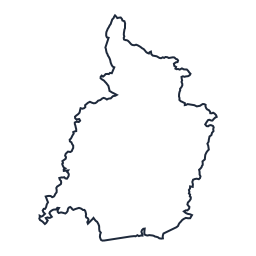 the district of Santa Cecília, Santa Catarina, Brazil
{"feature_id": "56859067B99160038311244", "entity_name": "Santa Cecília", "entity_type": "district", "adm_level": 2, "iso_a3": "BRA", "parent_name": "Brazil", "parent_adm1": "Santa Catarina", "projection": "albers", "projection_center": [-50.467, -26.885], "detail": "fine", "context": "isolated", "style": "outline", "palette": "slate", "viewbox_px": 256, "rotation_deg": 0, "n_neighbors": 0, "source": "geoboundaries", "source_scale": "gbopen_adm2", "svg_char_len": 5513}
<svg xmlns="http://www.w3.org/2000/svg" viewBox="0 0 256 256"><path d="M101.0,239.9L102.4,240.6L104.4,240.5L130.3,236.5L134.2,236.1L135.6,236.3L137.4,235.2L138.9,236.1L140.9,235.5L142.4,235.6L142.1,233.7L141.4,231.8L142.0,230.1L143.3,228.8L144.7,228.6L144.5,230.3L144.3,232.3L144.5,234.5L146.3,235.3L147.7,235.5L149.2,235.1L150.9,235.3L152.6,235.5L153.8,235.8L154.9,236.5L156.4,236.8L158.0,237.3L159.3,238.3L161.2,238.6L162.9,238.4L162.7,236.8L162.9,235.3L163.5,233.5L176.5,227.2L178.1,225.9L178.7,224.3L179.6,222.9L181.0,221.5L182.0,220.2L183.6,219.0L185.8,217.9L188.3,218.3L190.2,218.2L191.2,216.4L192.0,215.1L190.2,214.3L187.9,213.9L186.4,213.3L185.3,212.6L183.9,211.4L185.9,210.3L187.5,210.3L189.1,208.7L189.4,206.9L188.3,205.7L187.4,204.5L187.9,202.5L189.4,201.0L190.7,199.0L190.8,197.2L189.8,196.4L190.1,194.5L188.9,193.5L189.4,191.9L188.9,190.0L190.0,188.5L190.1,186.4L192.7,186.9L192.9,184.2L192.3,182.0L193.1,179.7L195.0,179.0L196.7,178.7L198.8,179.2L200.0,178.1L200.5,176.3L199.6,174.6L199.6,172.8L199.5,171.4L199.1,169.8L200.5,168.5L201.5,167.3L201.9,166.0L202.7,164.9L202.7,163.2L202.5,161.4L204.8,159.4L205.0,157.3L205.3,154.8L206.5,152.3L207.7,150.7L208.8,149.6L208.5,147.5L208.2,145.6L207.4,143.7L208.6,141.7L208.8,139.8L209.2,138.0L209.5,136.5L211.4,135.1L212.0,132.8L213.5,131.1L213.2,129.1L213.7,127.3L212.9,125.9L210.8,125.1L209.3,125.4L208.1,126.3L206.6,126.1L205.2,124.4L206.3,122.6L207.4,121.0L208.2,120.0L209.5,119.8L211.1,120.5L212.5,120.5L213.6,119.1L215.2,117.6L216.7,116.9L216.1,115.2L214.5,113.5L213.1,112.7L211.8,113.3L210.3,113.2L210.1,111.7L208.8,110.1L207.3,109.5L206.3,108.4L205.5,106.5L205.6,104.8L204.4,104.2L202.9,104.0L201.6,104.7L200.0,105.8L198.3,106.1L196.8,106.4L194.4,105.2L190.8,104.6L188.9,104.3L187.5,104.1L186.3,104.8L184.8,105.1L184.9,103.2L182.1,101.8L180.7,101.2L179.4,99.9L179.5,98.1L179.0,96.4L179.1,94.1L179.5,92.0L180.2,90.4L180.1,88.8L181.4,87.2L182.3,85.4L182.3,83.8L181.5,81.9L182.1,80.5L181.7,78.7L181.5,76.9L182.9,76.3L184.6,76.8L185.9,76.4L188.0,76.2L189.7,75.2L190.5,73.8L189.2,72.4L188.2,70.9L186.8,69.5L183.9,69.4L181.9,68.4L179.7,69.6L178.1,69.0L176.5,69.2L175.4,68.6L176.1,66.9L174.3,65.9L173.9,63.7L175.9,62.3L177.5,62.1L178.1,60.5L177.3,59.4L175.9,58.9L174.4,57.5L173.0,57.3L171.7,57.5L168.8,58.0L167.3,57.2L165.5,57.0L164.1,57.9L162.8,57.3L161.0,58.2L159.4,57.9L156.7,56.3L154.5,55.9L152.8,55.6L151.4,54.3L150.9,51.6L149.5,52.3L148.9,53.5L147.3,52.9L145.9,51.8L145.1,50.7L143.7,49.1L141.9,48.1L140.6,47.0L139.1,46.1L137.7,45.3L136.1,44.7L134.6,45.2L133.0,45.1L131.6,44.6L130.5,43.5L129.4,42.2L128.1,40.9L126.8,40.2L125.5,40.1L124.0,39.5L123.7,37.9L124.3,36.4L123.8,34.9L123.9,32.9L124.2,31.1L124.4,29.6L125.0,28.1L125.0,26.7L125.0,25.2L125.1,23.4L124.4,21.2L122.4,20.5L121.9,18.9L120.7,17.5L118.8,17.7L117.3,18.1L116.2,16.6L115.0,15.4L114.2,16.6L113.5,18.2L112.2,19.5L111.8,20.8L111.2,22.4L110.7,24.0L109.6,25.5L108.8,27.2L107.8,28.7L107.2,30.2L106.4,32.0L106.2,33.7L106.2,35.7L106.9,37.4L108.6,37.8L105.4,47.5L105.9,49.0L106.2,50.8L106.7,52.9L107.5,54.2L107.9,55.6L108.8,56.9L109.6,58.5L110.2,60.2L110.7,62.6L111.6,64.9L112.7,66.6L114.3,67.3L111.8,73.2L110.0,72.9L108.8,74.1L107.4,73.9L105.6,74.1L104.3,75.6L103.0,76.6L101.7,75.6L100.7,76.7L100.6,78.3L102.0,79.4L104.0,80.6L105.1,81.9L106.1,82.9L107.1,84.2L108.4,85.9L108.9,87.9L109.3,89.5L109.5,90.9L110.7,91.6L111.9,92.4L113.8,93.3L115.5,94.2L116.8,94.9L115.4,95.7L112.9,96.2L111.8,97.3L110.7,98.4L109.3,98.5L108.1,98.8L106.9,99.5L105.4,98.5L103.6,97.9L102.2,98.5L100.4,100.0L98.1,100.7L96.8,102.1L95.4,103.1L93.7,103.3L91.9,102.7L89.9,101.8L87.8,102.9L86.3,104.2L85.1,105.2L85.3,107.1L84.1,108.2L82.4,108.7L80.6,108.2L80.2,109.6L79.9,111.1L79.5,112.7L78.1,114.2L76.3,115.5L75.0,116.7L75.2,118.3L76.6,119.6L78.0,119.2L79.3,119.1L80.1,120.7L78.8,122.0L76.6,121.7L74.8,122.5L74.8,124.0L75.4,125.6L75.7,127.2L76.2,129.1L76.2,131.1L74.4,131.5L73.2,132.1L73.7,133.6L72.4,135.6L71.5,137.5L70.8,138.7L69.7,139.6L69.9,141.4L71.4,142.3L72.1,144.0L73.2,145.6L73.2,148.0L72.4,149.5L71.7,151.2L70.3,152.0L68.0,151.6L66.8,152.7L65.7,153.8L65.1,155.7L66.0,157.1L65.7,158.7L64.1,159.9L62.4,161.1L63.0,163.0L62.2,164.0L62.9,165.9L63.9,167.7L65.3,168.4L63.7,169.5L63.8,170.9L65.1,170.8L66.7,170.5L68.2,170.4L67.2,172.0L68.2,173.0L68.8,174.2L68.6,176.0L67.7,177.6L66.9,178.7L65.4,178.4L64.2,177.2L63.0,177.5L61.6,177.4L59.3,178.0L59.8,179.6L61.0,181.0L61.2,182.8L60.8,184.2L59.7,184.9L58.4,185.8L57.1,186.6L56.3,188.0L56.7,190.2L56.6,192.3L55.2,194.1L54.5,195.7L53.7,196.6L52.2,197.2L50.7,196.0L48.9,195.9L47.2,196.1L45.7,196.5L46.5,198.5L47.2,200.4L48.0,202.3L46.8,204.3L46.1,207.1L45.1,208.9L43.7,208.9L42.7,210.5L43.5,212.3L45.0,213.8L43.9,214.8L42.6,216.1L41.3,216.6L39.7,215.7L39.8,217.2L39.3,218.6L40.1,220.1L41.2,220.7L42.6,221.6L43.9,223.0L44.9,224.0L46.3,222.8L47.7,220.5L46.5,219.2L45.8,218.0L47.6,217.4L49.0,217.9L50.4,217.7L51.8,216.8L50.5,215.0L49.4,213.2L49.9,212.0L51.4,210.7L53.0,209.8L54.2,209.5L56.0,209.5L57.4,207.8L59.0,208.0L57.7,210.2L57.7,211.8L58.7,213.0L61.1,212.4L63.3,212.9L65.3,213.5L66.4,212.7L67.6,211.1L67.9,209.1L68.7,207.7L70.2,207.0L71.4,207.9L72.2,209.1L73.3,209.9L75.2,209.1L77.0,208.5L79.0,207.9L80.9,208.5L82.0,209.2L83.1,210.0L84.4,209.9L85.3,211.1L85.7,212.6L86.1,214.3L85.8,215.9L86.2,217.4L87.6,218.1L88.5,219.4L88.0,221.0L87.3,222.1L87.9,223.7L92.5,219.1L93.5,217.9L94.7,219.6L95.8,220.9L97.1,221.8L98.3,223.9L99.1,226.0L99.2,227.6L99.2,229.0L99.5,231.1L100.8,232.6L100.1,234.6L99.9,236.9L100.4,238.5L101.0,239.9Z" fill="none" stroke="#1e293b" stroke-width="2"/></svg>